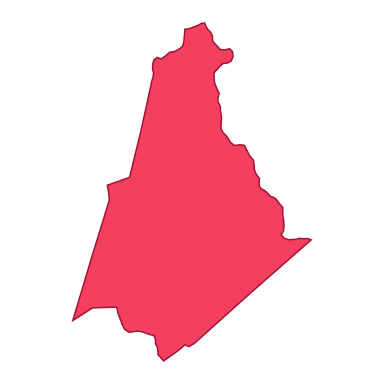 outline of Japaratuba, Sergipe, Brazil
{"feature_id": "56859067B26587799955624", "entity_name": "Japaratuba", "entity_type": "district", "adm_level": 2, "iso_a3": "BRA", "parent_name": "Brazil", "parent_adm1": "Sergipe", "projection": "natural_earth1", "projection_center": [-36.885, -10.536], "detail": "fine", "context": "isolated", "style": "filled", "palette": "rose", "viewbox_px": 384, "rotation_deg": 0, "n_neighbors": 0, "source": "geoboundaries", "source_scale": "gbopen_adm2", "svg_char_len": 1572}
<svg xmlns="http://www.w3.org/2000/svg" viewBox="0 0 384 384"><path d="M72.8,320.5L92.6,307.9L104.4,307.5L116.6,307.2L118.2,314.0L120.2,319.1L122.3,324.9L124.6,329.3L128.5,332.1L132.5,331.9L136.2,331.2L139.6,331.2L144.2,332.5L149.5,334.4L153.9,335.6L155.5,339.4L155.4,343.9L157.5,347.4L157.9,351.1L158.0,354.7L160.6,357.3L163.6,361.0L177.2,351.3L181.7,347.7L184.8,344.9L189.1,346.6L194.5,343.3L237.1,305.0L250.4,293.1L311.2,239.8L307.4,238.4L304.4,238.8L299.5,238.3L296.2,239.4L292.8,239.4L288.6,239.8L283.6,237.9L281.3,234.8L283.5,230.9L284.0,225.7L283.6,219.7L282.9,216.3L282.7,211.7L282.7,207.4L279.2,203.3L276.5,199.6L274.0,197.6L270.4,196.3L266.9,192.4L264.3,190.3L261.4,189.0L259.4,186.1L259.1,181.8L259.4,178.2L256.7,175.0L254.5,170.4L254.2,165.3L253.4,160.0L250.0,156.3L248.2,152.9L246.4,149.2L244.3,145.3L239.8,144.8L234.3,145.4L230.3,142.2L227.0,136.6L223.1,132.7L221.0,128.5L221.1,123.5L221.6,117.8L220.5,111.0L220.2,106.2L218.0,101.6L217.9,98.0L219.2,93.5L216.9,88.7L214.6,82.7L214.0,76.9L214.0,72.9L217.1,69.5L219.7,66.5L223.0,63.6L227.8,62.9L231.4,60.9L233.1,56.0L232.4,51.3L229.5,48.7L224.9,50.0L220.4,49.6L217.6,46.5L215.3,44.2L212.6,40.8L212.4,35.4L210.5,32.1L207.8,29.5L206.0,26.4L204.6,23.0L201.6,23.3L198.7,25.0L194.5,26.7L188.6,28.9L185.0,29.1L183.8,42.0L182.5,46.5L178.5,49.4L174.2,51.6L169.7,52.2L165.8,55.7L161.3,58.9L157.2,57.4L154.0,59.7L152.7,64.1L152.6,69.1L153.6,72.9L153.0,77.3L151.6,81.5L150.5,87.3L141.0,130.6L129.6,177.3L107.3,185.2L108.9,194.3L109.3,200.2L91.9,256.7L72.8,320.5Z" fill="#f43f5e" stroke="#9f1239" stroke-width="1.5"/></svg>